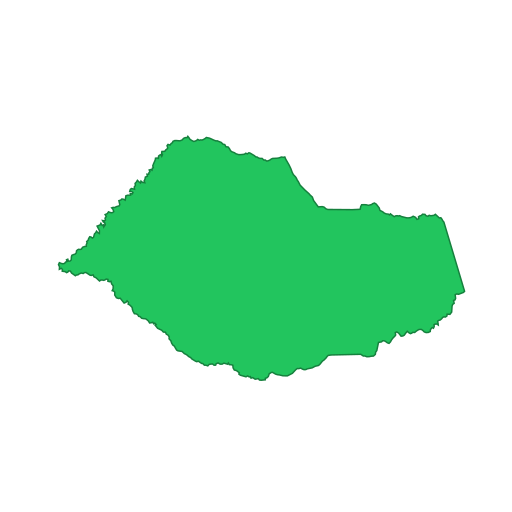 Jaraguari, Mato Grosso do Sul, Brazil (Equal Earth projection), rotated 157°
{"feature_id": "56859067B2748289037415", "entity_name": "Jaraguari", "entity_type": "district", "adm_level": 2, "iso_a3": "BRA", "parent_name": "Brazil", "parent_adm1": "Mato Grosso do Sul", "projection": "equal_earth", "projection_center": [-54.287, -20.248], "detail": "fine", "context": "isolated", "style": "filled", "palette": "green", "viewbox_px": 512, "rotation_deg": 157, "n_neighbors": 0, "source": "geoboundaries", "source_scale": "gbopen_adm2", "svg_char_len": 6138}
<svg xmlns="http://www.w3.org/2000/svg" viewBox="0 0 512 512"><g transform="rotate(157 256 256)"><path d="M225.4,135.5L198.0,124.6L196.3,122.0L194.8,121.4L193.4,120.0L191.1,119.1L189.0,118.7L187.0,118.0L184.6,118.8L183.4,120.8L181.8,121.7L177.0,128.6L174.0,127.9L172.5,128.5L171.0,127.8L170.0,126.5L169.0,124.8L167.7,123.6L165.8,124.4L163.9,125.9L161.7,127.1L159.4,128.0L158.3,128.7L157.7,131.1L156.1,131.1L154.8,129.3L153.8,125.5L152.1,125.0L150.4,125.2L148.5,126.4L146.2,127.6L145.4,125.8L144.2,124.2L142.8,124.1L141.6,124.5L139.8,123.6L137.5,124.3L134.7,124.7L132.6,123.9L131.5,122.3L130.8,120.4L129.3,119.0L127.2,118.3L125.1,118.4L124.4,119.8L123.2,120.7L121.7,121.3L120.9,120.2L119.6,121.3L118.9,123.3L117.7,123.3L116.1,122.7L115.2,121.3L114.7,122.9L114.3,125.0L113.0,125.3L111.4,125.1L109.6,125.7L108.2,126.5L106.9,126.6L105.5,125.8L103.7,126.2L102.8,127.8L100.3,126.5L97.8,127.9L95.2,133.1L93.9,134.6L92.1,135.0L91.5,137.9L90.0,137.8L88.8,139.0L87.8,142.5L86.2,142.7L84.5,141.6L79.3,141.4L77.8,142.0L69.8,213.8L70.3,215.5L70.5,217.5L70.9,219.0L72.4,219.4L74.6,224.3L76.2,223.9L79.3,224.7L80.7,225.8L82.2,225.4L83.8,226.7L84.2,228.3L86.4,229.4L87.9,228.7L89.8,228.9L91.1,228.6L91.6,226.8L93.5,226.8L94.0,229.2L95.8,231.2L98.0,230.9L100.2,231.3L102.3,232.2L106.7,235.5L108.0,237.0L109.3,237.2L110.4,238.0L112.0,238.4L113.4,238.2L114.6,240.1L115.8,242.3L117.1,241.7L117.9,242.9L119.6,243.8L121.1,245.3L122.1,247.2L124.1,249.6L123.8,252.0L125.0,256.7L126.3,258.5L128.3,258.6L129.5,258.2L132.7,258.7L134.4,260.0L135.9,260.8L138.7,261.9L140.3,260.6L141.9,258.3L149.2,261.0L171.8,270.8L173.1,272.0L174.3,274.5L175.8,275.6L179.5,276.9L181.3,284.5L181.1,288.2L182.4,291.1L182.9,292.7L185.2,297.6L187.7,304.0L188.0,308.1L188.4,309.7L188.4,311.7L188.7,313.4L189.8,316.3L190.0,318.8L189.8,322.9L190.0,327.0L190.8,333.6L190.8,335.9L192.1,336.1L194.0,337.2L196.5,337.3L198.5,337.8L202.5,339.3L204.0,339.3L205.9,338.9L207.8,338.9L209.2,339.3L209.9,340.7L211.3,341.3L212.3,343.5L213.8,344.1L215.3,345.1L216.3,346.7L217.5,347.3L218.2,348.9L221.2,353.0L222.2,353.8L224.1,353.4L225.3,354.6L226.9,354.2L230.2,355.2L232.4,356.1L234.6,358.0L235.4,359.4L237.5,361.4L238.3,362.9L238.5,365.3L239.1,367.3L241.0,368.3L241.2,370.8L242.7,371.8L243.6,374.1L246.7,377.2L247.9,377.6L249.6,379.2L251.1,380.9L252.7,382.6L255.4,384.5L257.1,384.0L258.9,383.8L260.4,383.8L261.5,384.5L262.9,384.6L264.1,386.1L265.5,385.6L266.9,385.5L268.6,385.8L269.9,387.3L271.2,389.2L271.5,391.1L272.0,392.8L273.2,391.9L274.8,392.6L276.7,392.6L278.6,391.7L280.0,391.7L281.2,391.8L284.0,393.3L285.7,394.0L287.6,394.0L288.6,393.0L290.2,392.7L291.8,391.7L293.4,393.1L294.8,392.3L295.0,389.9L296.3,389.2L297.7,388.9L299.1,388.0L301.8,389.0L302.7,387.5L302.5,385.8L303.8,384.6L303.9,386.5L305.3,386.5L306.6,386.1L307.7,384.0L308.7,384.8L310.3,385.3L311.1,383.9L314.5,380.7L315.8,379.3L316.0,377.4L317.2,377.3L318.2,375.6L319.1,376.7L320.7,376.9L320.7,375.0L321.9,374.6L322.9,373.2L324.4,373.9L324.8,371.8L327.0,371.9L328.3,369.9L329.6,368.9L329.7,366.9L331.7,368.1L332.6,369.9L333.8,368.3L334.7,369.8L335.6,372.0L337.4,370.7L338.9,370.1L339.5,368.0L341.1,367.1L341.7,364.9L344.3,366.8L345.7,366.4L347.0,364.8L345.2,363.9L344.4,362.6L345.5,361.5L347.3,362.5L347.7,361.0L350.4,362.1L352.2,362.3L354.6,358.5L355.9,360.1L357.2,360.9L358.7,360.3L360.6,360.5L361.3,356.5L362.4,355.6L365.3,356.0L367.0,355.8L368.6,356.6L370.0,356.7L369.4,354.8L369.6,352.4L370.9,352.0L372.2,352.3L373.3,353.1L374.5,354.3L376.4,353.1L378.7,353.1L378.4,350.9L380.2,349.8L380.5,348.0L381.8,347.6L383.4,348.6L383.2,346.9L382.2,346.0L382.5,343.7L384.7,342.3L384.1,344.3L385.6,344.1L386.0,346.7L387.4,345.5L390.6,345.6L390.2,340.5L391.4,337.9L392.5,339.3L393.1,341.2L394.4,340.1L396.1,339.4L398.2,336.7L399.6,336.4L400.4,337.9L401.5,338.7L403.2,337.5L404.5,336.0L406.2,335.5L406.4,334.0L407.7,332.9L408.4,331.2L409.9,331.7L412.2,331.8L414.1,330.5L415.5,330.8L416.7,331.5L417.9,331.4L419.2,330.9L420.2,329.1L421.8,328.4L423.3,328.6L425.2,328.6L426.3,327.3L427.6,324.6L429.3,324.0L430.7,324.6L430.5,326.6L431.9,326.6L432.0,324.8L433.7,324.8L435.1,324.0L436.6,324.2L438.1,325.2L439.6,326.7L441.2,325.2L441.1,322.8L442.2,320.6L440.0,320.7L439.5,319.2L440.3,317.7L437.7,316.1L436.9,314.7L435.5,314.7L434.2,315.5L432.7,314.5L432.5,312.5L430.0,308.4L428.5,308.7L427.3,308.2L425.8,308.6L423.5,308.6L421.9,307.4L420.4,307.7L419.0,307.3L416.2,303.1L415.0,302.4L413.3,302.3L413.3,300.2L411.7,298.4L409.8,294.1L408.2,294.5L406.8,293.9L405.7,293.1L404.4,293.0L402.9,293.3L401.4,292.3L402.2,290.6L400.8,289.5L399.4,289.4L399.8,286.7L399.1,284.4L400.3,281.7L401.9,280.3L400.7,279.3L400.1,277.9L401.3,275.3L400.8,272.1L399.2,270.6L397.5,270.2L395.8,264.2L393.7,264.2L392.2,265.1L391.5,263.1L392.5,261.6L391.5,260.5L390.6,258.4L390.1,256.9L390.6,255.3L390.8,253.1L390.5,250.4L388.8,249.5L387.8,248.1L387.6,246.3L386.3,245.4L385.6,243.4L383.9,242.2L382.2,241.4L381.2,239.8L380.5,238.4L380.1,235.9L378.6,235.5L376.9,235.3L376.7,233.6L375.4,233.8L374.7,232.0L375.9,231.8L374.8,227.9L371.8,224.5L371.0,222.2L369.1,221.2L369.1,219.1L367.9,217.6L367.5,215.5L368.4,213.7L367.5,211.3L367.7,208.9L367.4,206.6L366.4,205.0L366.1,202.3L365.8,200.4L364.9,199.2L361.3,197.0L360.1,194.1L359.1,193.1L358.2,191.8L357.3,189.8L355.8,188.0L355.4,186.5L353.0,183.1L351.9,181.9L350.1,181.6L348.1,178.4L347.0,177.8L346.2,175.7L344.7,175.0L343.3,173.7L341.6,174.5L340.3,174.3L338.2,173.6L337.3,171.9L335.8,171.3L334.8,172.4L332.7,172.4L331.3,170.5L329.4,169.7L327.4,169.9L324.4,167.5L323.3,168.3L323.0,166.4L321.3,165.6L320.0,164.5L320.8,162.0L320.5,159.5L318.8,158.2L317.0,155.1L317.9,154.0L317.0,152.4L312.4,148.7L310.5,148.9L309.5,147.3L308.3,147.2L308.3,145.5L306.5,145.3L304.9,142.9L301.7,142.2L301.3,140.5L299.7,139.6L295.8,138.4L295.2,139.8L293.6,139.6L291.7,140.3L289.9,142.4L287.5,142.8L286.3,142.5L284.1,139.6L282.7,138.4L280.8,137.3L278.0,135.2L273.9,133.4L268.3,133.8L263.9,135.8L262.0,136.3L260.6,135.6L258.7,135.4L257.5,133.8L256.2,132.6L254.6,132.0L252.9,132.1L248.0,131.1L244.6,131.4L241.2,130.8L239.4,131.4L235.9,133.3L234.0,133.7L231.3,134.8L229.7,135.8L228.3,136.3L225.4,135.5Z" fill="#22c55e" stroke="#15803d" stroke-width="1.5"/></g></svg>